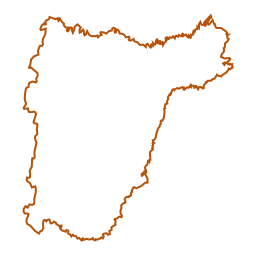 outline of Montenegro, Quindío, Colombia
{"feature_id": "7082276B37489805673697", "entity_name": "Montenegro", "entity_type": "district", "adm_level": 2, "iso_a3": "COL", "parent_name": "Colombia", "parent_adm1": "Quindío", "projection": "equal_earth", "projection_center": [-75.789, 4.516], "detail": "fine", "context": "isolated", "style": "outline", "palette": "amber", "viewbox_px": 256, "rotation_deg": 0, "n_neighbors": 0, "source": "geoboundaries", "source_scale": "gbopen_adm2", "svg_char_len": 5641}
<svg xmlns="http://www.w3.org/2000/svg" viewBox="0 0 256 256"><path d="M210.7,15.4L204.2,22.4L203.9,24.9L201.5,24.8L200.3,21.9L199.0,24.1L199.0,28.1L197.3,26.5L197.2,29.1L195.6,29.3L194.7,31.6L194.1,30.5L193.6,30.6L193.1,32.3L193.2,34.4L192.2,35.0L190.9,34.6L190.6,35.5L191.0,37.0L190.6,37.7L188.9,35.7L188.8,37.5L188.2,37.5L187.6,37.0L187.9,35.8L186.6,36.0L185.8,34.5L183.3,36.0L183.1,34.0L182.5,33.7L182.1,34.2L182.0,36.2L181.1,36.3L178.8,34.9L178.0,36.8L176.0,35.7L175.4,36.4L174.8,38.4L173.0,36.3L171.7,37.8L169.8,37.3L168.8,39.0L167.2,39.7L167.9,37.6L166.9,37.2L165.7,38.0L165.8,41.7L164.3,42.7L163.0,45.2L162.4,42.1L162.0,42.2L161.7,43.8L160.1,44.0L159.9,43.1L160.6,41.9L160.2,41.1L159.1,41.1L158.1,43.3L157.4,43.1L157.1,41.6L157.5,39.8L157.0,39.3L156.0,40.6L155.3,44.3L154.4,44.5L153.3,43.3L153.7,45.1L153.4,45.6L152.5,44.4L151.3,44.3L150.9,45.3L151.6,46.9L150.6,47.6L147.6,43.9L146.3,44.4L145.8,47.0L143.2,44.6L139.9,45.0L137.5,42.2L134.3,41.3L133.6,39.0L130.9,40.5L129.2,40.4L128.7,39.8L129.5,38.5L129.2,36.8L125.8,37.3L124.4,35.0L122.8,33.9L119.6,33.5L119.1,31.4L117.9,29.8L116.7,30.1L115.6,32.6L114.9,32.6L114.5,30.9L115.9,29.1L113.5,27.7L112.5,28.3L111.7,30.6L109.1,31.0L106.3,33.6L103.9,32.5L100.8,32.1L100.4,33.0L101.6,34.9L99.6,35.7L98.1,37.3L97.1,35.5L95.6,36.3L94.0,35.9L92.5,36.4L89.4,35.2L87.1,31.1L85.9,34.5L84.7,35.3L84.1,34.5L83.8,31.2L83.2,29.6L82.3,30.1L81.0,32.1L79.7,32.7L79.5,29.6L80.8,27.5L77.4,24.4L74.7,26.8L74.5,28.9L72.9,32.8L71.7,29.8L72.3,28.2L71.5,27.6L70.0,27.6L68.2,31.2L67.3,31.3L66.8,30.4L68.0,27.6L66.0,27.5L64.7,26.5L63.7,24.9L64.0,23.7L61.9,21.8L59.7,18.3L59.2,18.4L59.1,20.5L58.5,21.0L57.6,18.2L55.7,19.2L49.6,17.0L49.0,19.1L46.2,20.5L45.3,21.8L45.9,24.0L45.0,24.6L44.0,23.5L41.6,25.7L40.3,29.1L41.0,30.1L45.7,28.7L45.3,34.2L42.8,39.2L42.5,41.9L43.0,44.6L41.8,45.9L40.3,45.7L39.6,46.4L38.0,50.6L38.5,54.6L34.1,56.3L31.0,59.6L30.3,64.9L29.1,66.9L29.3,68.0L31.0,67.5L37.5,73.1L37.7,75.7L36.2,78.8L36.7,81.5L35.8,82.5L32.8,81.5L29.7,82.6L29.0,83.4L28.5,86.9L26.5,87.8L25.9,88.7L25.1,93.5L24.7,99.0L26.1,104.1L23.7,107.6L24.2,108.9L27.9,108.3L28.5,111.2L29.0,111.9L30.6,112.2L34.4,111.6L35.7,112.9L36.0,114.4L33.5,121.9L34.2,123.2L37.1,123.8L37.4,124.4L36.8,129.5L37.4,133.8L35.5,136.0L35.0,137.5L35.4,140.0L36.5,142.3L34.4,152.2L34.7,157.4L33.6,158.5L32.4,158.2L32.1,159.1L31.8,166.6L29.7,170.7L30.2,174.5L29.9,177.3L29.0,177.8L27.1,177.5L26.5,179.4L27.4,181.3L30.2,183.3L31.9,187.5L35.1,186.3L35.9,189.1L35.8,192.0L34.3,198.5L34.4,201.6L33.9,204.0L32.3,204.9L29.4,204.5L27.7,207.6L25.6,206.1L23.8,208.7L23.5,210.8L24.1,212.6L25.1,213.6L27.6,213.5L28.6,214.4L26.6,219.5L26.5,222.2L27.1,223.8L30.4,225.8L35.1,231.0L39.0,233.6L40.3,231.2L41.9,230.7L43.4,228.1L42.9,223.7L43.7,220.3L44.9,220.0L46.3,221.3L47.3,219.9L49.1,219.4L49.6,220.0L50.5,223.3L52.4,223.2L53.9,221.6L56.0,222.8L56.2,224.0L58.8,225.6L59.6,226.7L60.7,225.5L61.4,225.5L61.5,226.7L60.1,228.5L61.8,230.3L65.7,231.7L66.3,230.1L67.7,230.3L68.3,231.1L68.1,233.6L70.3,234.6L71.3,236.4L72.9,234.7L74.2,236.0L75.8,236.0L77.5,238.6L79.1,237.9L81.7,240.6L82.5,240.2L82.4,238.6L82.7,238.3L84.3,239.7L86.4,238.8L88.8,239.5L92.3,239.1L92.4,238.2L92.8,238.1L93.3,239.4L94.9,240.4L95.7,239.1L97.2,239.8L98.5,238.9L99.8,238.8L101.3,237.3L102.9,238.4L103.8,236.4L102.9,234.9L103.4,233.8L106.5,233.2L108.0,234.8L109.9,234.1L109.3,231.0L111.6,230.0L111.5,227.1L115.6,224.7L115.3,223.1L115.5,221.0L114.5,219.8L114.8,218.9L116.6,218.7L119.2,216.6L121.3,217.2L121.9,216.6L121.9,215.7L120.8,214.2L120.4,211.1L121.4,208.2L121.2,205.4L123.5,203.1L125.3,202.7L125.4,201.0L124.6,199.7L125.1,198.2L126.5,196.8L128.8,197.1L129.5,195.9L130.4,196.0L131.0,194.9L131.2,192.5L132.1,191.9L131.8,190.4L132.6,189.5L133.1,187.6L134.1,187.2L136.4,188.3L141.2,186.0L145.4,182.6L147.4,182.7L147.6,178.7L145.3,174.4L143.8,174.0L142.1,175.8L141.7,175.2L141.7,174.0L143.7,172.6L144.4,171.3L146.0,172.7L146.3,172.4L146.1,170.5L144.8,167.8L145.9,165.8L147.3,164.6L148.0,160.9L148.9,160.4L149.4,161.4L149.6,159.8L150.4,159.7L149.9,152.7L150.6,151.2L152.9,149.4L152.1,148.4L152.9,147.5L152.4,145.7L153.3,144.8L152.6,143.4L153.9,142.9L153.1,142.5L152.8,140.3L153.8,140.3L155.7,137.6L156.5,133.0L158.1,128.5L159.7,126.4L159.9,124.8L160.8,124.1L160.6,121.4L161.2,120.5L162.4,120.7L163.8,117.9L164.6,111.7L164.1,109.0L165.1,108.4L164.6,106.9L165.3,105.4L165.2,104.3L167.4,103.5L166.9,101.5L168.2,99.0L167.9,97.8L168.3,96.5L169.3,94.8L170.3,95.1L170.9,93.9L170.5,93.4L171.3,92.9L172.5,89.6L173.5,89.3L174.1,89.9L174.2,89.3L175.0,89.4L177.2,88.0L178.9,88.7L182.4,87.0L183.0,87.8L183.8,87.6L183.5,89.5L184.3,89.7L187.1,87.3L188.5,87.8L189.5,86.6L190.8,87.2L190.3,85.4L190.9,84.6L192.0,85.7L193.4,85.8L194.3,87.8L195.0,87.4L195.3,86.0L196.1,86.0L196.3,87.1L197.2,87.2L197.5,88.6L198.1,89.3L198.9,87.2L201.0,87.0L202.4,88.4L203.5,88.3L203.9,87.9L203.5,86.5L204.2,84.7L205.3,83.9L206.0,82.1L206.8,82.3L207.6,80.8L211.1,80.7L212.3,79.3L214.6,78.6L217.0,74.7L217.9,75.5L221.3,76.5L221.9,75.4L226.4,72.4L228.0,70.4L228.8,68.5L230.2,69.3L231.3,67.9L232.5,67.9L232.2,64.1L231.3,64.5L230.4,64.0L229.6,64.7L228.9,63.9L228.0,64.1L227.8,63.4L226.6,63.2L225.0,63.6L224.4,64.9L223.1,63.4L224.3,62.6L227.4,62.4L228.5,60.7L229.5,60.5L230.2,59.1L229.6,59.1L229.1,58.0L224.6,58.5L221.0,56.8L221.8,54.2L223.9,51.6L224.1,49.9L223.7,48.2L224.8,47.3L225.1,43.2L227.3,41.5L228.7,39.0L227.5,38.1L227.1,36.6L227.6,35.2L228.3,34.7L226.9,34.7L226.3,34.0L227.1,32.8L225.9,31.3L221.1,28.1L216.3,27.9L214.7,25.0L214.9,24.2L214.1,23.9L212.6,20.0L209.4,24.3L208.5,24.6L207.7,23.2L207.0,23.1L204.9,26.5L205.2,23.6L208.0,21.7L209.3,18.8L211.1,17.7L211.3,16.7L210.7,15.4Z" fill="none" stroke="#b45309" stroke-width="2"/></svg>